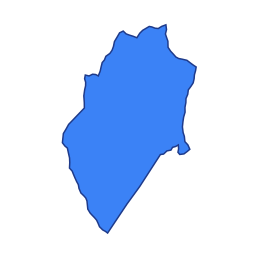 outline of Terra Nova, Bahia, Brazil, rotated 6°
{"feature_id": "56859067B99901610018599", "entity_name": "Terra Nova", "entity_type": "district", "adm_level": 2, "iso_a3": "BRA", "parent_name": "Brazil", "parent_adm1": "Bahia", "projection": "equal_earth", "projection_center": [-38.599, -12.402], "detail": "fine", "context": "isolated", "style": "filled", "palette": "blue", "viewbox_px": 256, "rotation_deg": 6, "n_neighbors": 0, "source": "geoboundaries", "source_scale": "gbopen_adm2", "svg_char_len": 1486}
<svg xmlns="http://www.w3.org/2000/svg" viewBox="0 0 256 256"><g transform="rotate(6 128 128)"><path d="M96.5,212.9L99.3,216.6L101.7,218.7L104.1,220.7L106.4,222.9L108.1,225.7L110.0,229.2L113.5,232.0L116.4,233.2L118.7,234.6L135.1,203.4L144.2,187.7L145.9,184.7L163.0,151.0L166.1,150.2L169.1,146.7L173.0,145.5L174.3,142.6L177.3,141.4L179.8,139.6L180.5,143.5L180.2,146.9L182.2,148.9L186.4,147.9L189.4,145.1L191.7,142.7L189.3,138.5L186.0,135.6L184.9,130.4L183.3,126.8L182.0,121.2L182.0,115.7L182.2,111.3L183.1,106.3L182.5,101.5L182.9,96.8L182.6,92.6L183.9,88.3L184.0,83.8L186.4,79.7L188.1,76.3L188.6,72.2L188.5,68.1L189.2,64.0L189.4,60.2L186.7,58.8L183.6,57.0L179.5,54.5L174.7,53.9L171.1,53.6L168.2,52.4L165.5,49.9L162.4,47.2L159.4,43.6L158.6,37.5L156.8,33.7L155.4,30.6L156.0,26.1L154.9,21.4L150.9,23.4L147.7,25.9L144.4,25.9L141.2,25.0L138.5,24.8L135.5,27.0L132.4,29.3L129.8,32.5L127.4,37.3L123.4,36.2L119.4,35.4L116.3,34.6L113.1,32.1L109.7,34.2L107.6,38.9L105.5,43.4L105.0,48.5L104.0,52.4L102.2,55.7L98.5,59.0L97.4,62.9L95.5,65.6L94.9,69.9L94.4,74.4L93.0,79.3L90.3,78.2L87.2,78.2L83.8,80.3L80.0,79.8L79.7,83.6L81.1,86.9L81.4,90.5L80.9,94.5L80.7,100.6L81.9,107.5L82.5,112.7L68.6,130.6L66.7,135.1L64.3,140.3L64.3,144.6L64.3,149.5L67.1,152.5L69.8,154.3L71.4,159.2L73.0,163.9L73.7,168.6L74.0,174.0L77.0,176.7L78.5,179.6L80.6,183.4L82.5,186.6L84.5,189.5L85.6,193.3L88.0,197.6L91.1,200.0L93.3,202.0L94.8,204.8L95.5,208.1L96.5,212.9Z" fill="#3b82f6" stroke="#1e3a8a" stroke-width="1.5"/></g></svg>